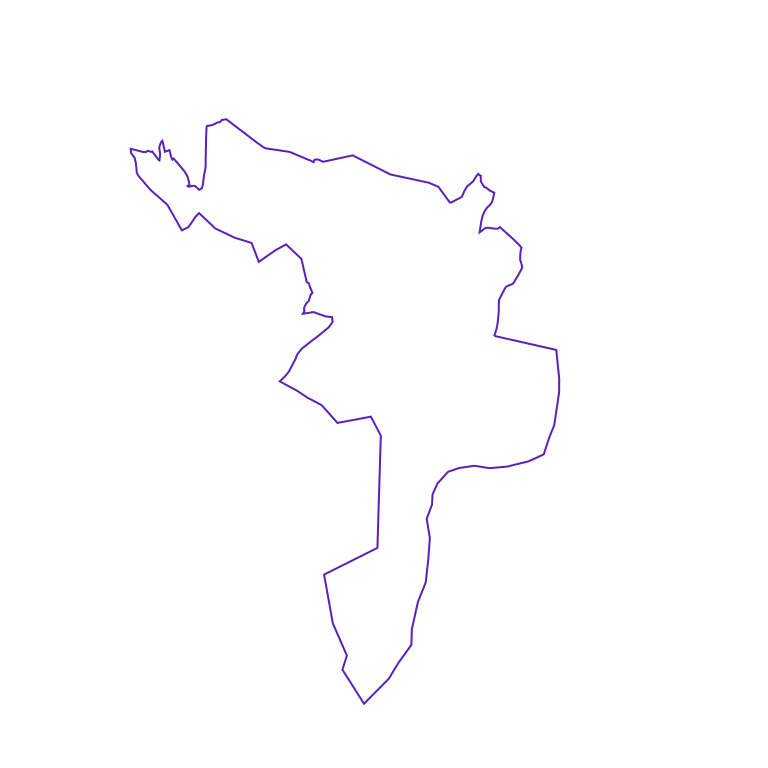 outline of Owerri North, Imo, Nigeria, rotated 343°
{"feature_id": "59680162B39513276000218", "entity_name": "Owerri North", "entity_type": "district", "adm_level": 2, "iso_a3": "NGA", "parent_name": "Nigeria", "parent_adm1": "Imo", "projection": "equal_earth", "projection_center": [7.091, 5.435], "detail": "fine", "context": "isolated", "style": "outline", "palette": "violet", "viewbox_px": 768, "rotation_deg": 343, "n_neighbors": 0, "source": "geoboundaries", "source_scale": "gbopen_adm2", "svg_char_len": 3130}
<svg xmlns="http://www.w3.org/2000/svg" viewBox="0 0 768 768"><g transform="rotate(343 384 384)"><path d="M217.5,130.2L222.4,138.1L229.2,149.2L232.0,161.6L235.6,177.9L242.4,176.9L245.6,174.7L252.5,169.0L257.1,166.5L268.2,186.0L284.2,200.6L298.6,210.4L300.0,230.6L319.4,224.3L331.2,221.9L341.6,240.2L339.9,263.9L341.6,265.7L341.6,266.2L341.5,268.5L341.8,271.4L342.2,276.0L340.7,276.6L339.1,278.4L337.8,280.4L336.6,282.0L335.8,282.9L333.1,284.3L330.8,286.7L329.4,288.7L329.5,289.8L328.9,291.4L326.9,293.1L337.6,294.6L347.9,302.3L353.9,304.8L353.1,309.4L347.8,313.6L343.7,315.3L338.1,317.6L334.7,319.0L325.6,322.3L315.6,326.2L309.6,330.4L306.6,334.3L296.6,344.4L291.0,348.0L285.1,351.0L299.2,365.4L307.0,374.9L318.2,386.0L328.1,407.6L361.9,411.4L365.9,432.3L329.8,538.8L271.0,548.7L265.1,597.8L269.1,632.9L260.7,645.0L271.4,683.9L302.3,667.3L316.5,654.7L333.9,641.5L338.9,626.7L352.7,602.4L365.9,585.9L375.3,564.1L382.8,544.8L385.4,525.4L394.7,513.3L398.2,503.7L406.0,494.8L419.6,486.7L431.1,486.3L446.5,488.6L460.4,495.4L477.7,499.0L499.8,500.2L516.2,498.0L526.0,484.0L534.8,473.1L549.1,443.0L553.1,430.2L558.7,401.8L504.5,370.8L503.8,369.8L504.7,368.6L507.8,364.1L509.7,360.6L512.0,355.5L514.8,348.6L517.0,341.6L518.7,337.1L526.5,329.0L528.7,327.0L530.0,326.5L536.5,325.8L538.5,324.4L540.0,322.8L542.4,320.8L545.1,318.2L549.5,313.9L550.3,312.8L550.6,311.0L550.5,309.6L550.6,307.3L550.5,305.8L550.6,304.8L552.0,300.6L553.4,297.0L554.9,294.6L555.1,293.9L555.3,293.6L554.8,292.5L553.5,289.7L549.9,283.2L540.7,267.8L539.5,268.3L537.9,268.7L536.4,268.2L534.9,267.6L532.5,266.6L530.7,265.6L527.9,264.6L526.3,264.6L524.6,265.1L522.6,266.0L520.7,266.6L519.7,266.9L521.8,262.7L524.6,256.9L527.7,251.7L530.2,248.8L532.4,246.8L534.2,245.5L535.7,244.7L537.3,244.0L539.0,242.8L540.4,241.6L541.3,240.4L542.0,239.2L542.9,237.7L545.4,233.4L541.7,229.9L539.4,226.4L537.3,224.8L537.4,223.9L536.6,222.6L536.7,221.5L536.1,219.9L535.9,218.2L536.3,216.8L536.8,215.4L536.9,214.3L537.5,213.2L536.1,211.9L535.7,211.4L535.7,210.7L534.4,211.3L533.3,212.0L532.7,212.5L532.1,213.0L528.7,216.1L525.0,217.8L521.3,219.3L517.7,222.5L515.6,225.0L513.2,227.8L502.2,229.9L500.1,229.8L493.6,211.2L485.5,204.5L451.4,185.5L420.9,156.2L390.9,153.7L386.9,150.3L385.6,149.6L383.2,149.3L381.5,151.3L379.3,149.0L376.6,147.0L368.7,140.3L361.5,134.4L340.1,124.2L337.8,122.2L332.7,115.5L310.6,84.7L306.1,84.1L304.6,85.2L303.1,85.5L300.4,85.2L298.1,85.9L295.0,86.1L291.9,85.8L290.0,85.5L289.2,87.1L285.9,96.3L283.1,105.0L279.1,117.1L277.1,123.6L276.2,125.7L273.4,130.8L270.2,137.7L269.5,139.7L267.0,143.6L264.0,144.3L262.9,142.0L261.0,139.2L258.9,138.6L256.2,138.4L254.7,138.2L254.1,137.1L256.3,136.6L256.8,128.6L255.5,122.6L250.5,110.8L248.7,106.9L247.3,107.6L246.8,105.6L247.2,97.6L245.5,97.7L242.4,97.9L243.2,86.6L241.4,87.6L238.6,91.4L238.0,92.7L237.4,97.2L236.7,99.9L234.6,104.5L233.9,103.7L232.4,99.2L230.6,94.7L230.4,93.9L229.4,94.0L226.1,91.8L225.1,92.3L223.9,92.6L221.5,91.7L214.5,87.4L210.6,85.0L210.0,87.1L209.7,89.0L210.2,90.8L211.0,93.3L211.7,94.8L211.3,99.7L210.6,104.0L209.3,109.7L210.0,113.1L217.5,130.2Z" fill="none" stroke="#5b21b6" stroke-width="2"/></g></svg>